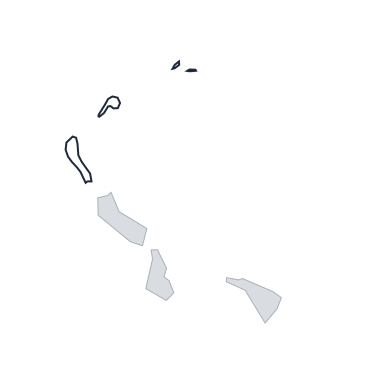 South Caicos and East Caicos highlighted on a map of Turks and Caicos Islands, rotated 211°
{"feature_id": "TCA-5006", "entity_name": "South Caicos and East Caicos", "entity_type": "state/province", "adm_level": 1, "iso_a3": "TCA", "parent_name": "Turks and Caicos Islands", "parent_adm1": "", "projection": "albers", "projection_center": [-71.559, 21.528], "detail": "fine", "context": "in_parent", "style": "outline", "palette": "slate", "viewbox_px": 384, "rotation_deg": 211, "n_neighbors": 0, "source": "natural_earth", "source_scale": "10m", "svg_char_len": 1112}
<svg xmlns="http://www.w3.org/2000/svg" viewBox="0 0 384 384"><g transform="rotate(211 192 192)"><path d="M262.4,145.6L261.2,150.0L244.4,137.6L211.9,137.4L206.8,120.4L219.2,117.6L260.4,123.7L269.8,138.5L262.4,145.6ZM61.9,117.4L95.9,135.2L116.5,132.7L118.1,136.5L107.0,140.5L104.2,143.8L71.3,148.3L60.9,147.4L58.9,135.4L61.9,117.4ZM197.2,121.3L191.9,124.7L174.6,113.6L172.2,104.7L166.0,104.2L155.7,96.2L158.2,85.8L181.8,85.4L191.3,114.2L197.2,121.3Z" fill="#d9dde1" stroke="#a8b0b8" stroke-width="1"/><path d="M308.3,164.9L302.0,161.0L288.8,155.3L283.6,149.3L285.0,148.4L286.2,147.9L287.2,147.0L287.9,145.1L297.8,151.7L303.1,153.8L310.4,155.9L316.4,158.4L322.1,163.1L325.1,169.8L322.8,178.1L319.3,178.8L315.1,174.5L308.3,164.9ZM311.2,208.7L311.8,210.6L311.6,221.3L311.8,228.6L309.4,232.9L304.4,234.5L299.5,231.2L298.8,225.7L302.4,223.2L306.0,223.7L308.0,222.1L308.1,214.4L310.2,208.8L311.2,208.7ZM270.5,289.3L272.1,287.6L272.3,292.1L270.4,297.2L268.5,294.4L270.5,289.3ZM254.4,295.5L256.7,294.0L258.5,293.3L257.2,295.7L252.0,298.6L251.0,298.0L254.4,295.5Z" fill="none" stroke="#1e293b" stroke-width="2"/></g></svg>